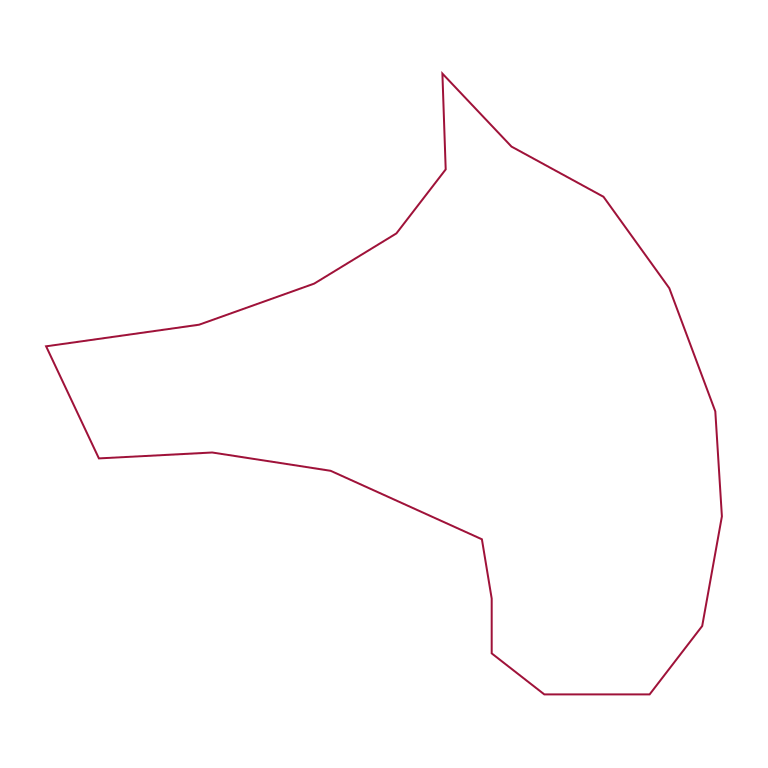 outline of San Marino
{"feature_id": "SMR-4884", "entity_name": "San Marino", "entity_type": "state/province", "adm_level": 1, "iso_a3": "SMR", "parent_name": "San Marino", "parent_adm1": "", "projection": "mercator", "projection_center": [12.418, 43.922], "detail": "fine", "context": "isolated", "style": "outline", "palette": "rose", "viewbox_px": 768, "rotation_deg": 0, "n_neighbors": 0, "source": "natural_earth", "source_scale": "10m", "svg_char_len": 375}
<svg xmlns="http://www.w3.org/2000/svg" viewBox="0 0 768 768"><path d="M98.9,458.4L46.1,346.3L199.1,324.7L314.2,283.6L396.4,233.4L445.7,169.4L442.4,73.6L511.5,146.6L603.5,196.8L669.3,288.2L715.3,411.4L721.9,516.4L702.2,626.0L649.6,694.4L544.3,694.4L491.7,653.4L491.7,598.6L481.9,539.3L330.6,470.8L212.2,452.5L98.9,458.4Z" fill="none" stroke="#9f1239" stroke-width="2"/></svg>